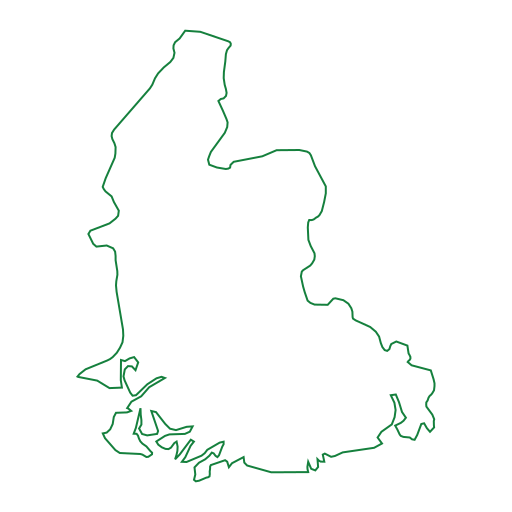 the County of Vest-Agder
{"feature_id": "NOR-916", "entity_name": "Vest-Agder", "entity_type": "County", "adm_level": 1, "iso_a3": "NOR", "parent_name": "Norway", "parent_adm1": "", "projection": "orthographic", "projection_center": [7.224, 58.601], "detail": "fine", "context": "isolated", "style": "outline", "palette": "green", "viewbox_px": 512, "rotation_deg": 0, "n_neighbors": 0, "source": "natural_earth", "source_scale": "10m", "svg_char_len": 4276}
<svg xmlns="http://www.w3.org/2000/svg" viewBox="0 0 512 512"><path d="M434.2,419.2L433.8,421.1L433.9,425.4L434.1,427.4L430.0,431.8L426.9,428.2L424.1,423.3L421.3,424.0L417.2,435.0L414.6,439.8L412.0,439.3L409.8,437.5L403.4,436.9L400.8,435.9L399.7,434.5L397.4,429.6L395.2,425.6L400.8,422.9L403.5,420.8L405.9,417.7L402.0,412.0L399.0,402.2L395.8,394.5L390.8,395.2L394.4,402.7L395.6,410.0L394.6,417.2L391.8,424.4L381.4,431.8L377.6,437.5L382.0,443.5L374.1,447.8L342.7,452.4L334.9,456.0L331.1,456.8L324.8,453.6L322.8,454.6L324.3,461.7L320.7,461.6L319.1,460.8L317.5,459.2L318.1,467.0L315.3,470.4L311.2,468.8L308.2,461.8L307.4,466.8L307.5,469.0L308.2,472.1L271.3,472.3L247.1,465.5L244.3,462.6L243.6,457.1L232.0,463.2L228.9,467.2L227.2,461.7L225.1,460.2L210.8,465.1L210.1,466.7L210.1,468.4L210.0,469.5L209.7,471.5L209.8,474.1L209.5,476.4L208.0,477.3L206.4,477.6L199.1,480.7L195.8,481.3L194.0,479.8L195.3,474.5L194.5,467.4L199.0,462.7L205.2,459.3L209.4,455.7L211.8,452.6L213.7,453.4L215.5,455.8L217.4,457.1L219.0,455.3L222.2,446.8L223.6,444.2L223.6,441.7L219.7,442.6L207.3,449.8L204.7,453.2L201.5,455.7L186.5,462.0L181.9,461.8L185.3,457.2L190.6,445.8L193.9,441.6L190.8,439.7L179.7,454.5L175.1,459.3L176.5,454.9L177.4,450.9L177.6,446.6L176.6,441.6L174.3,443.1L171.0,447.6L168.5,449.1L165.5,448.9L161.8,447.3L158.3,444.7L156.3,441.5L165.0,435.9L169.4,434.4L184.9,433.9L189.8,431.7L192.6,426.4L186.7,426.8L176.0,430.1L170.0,428.7L165.2,423.9L156.0,412.1L151.3,411.0L158.1,431.0L157.1,433.9L147.2,435.4L142.1,434.0L139.1,428.5L141.4,424.6L141.4,420.1L140.7,414.6L140.5,408.2L135.9,427.8L133.7,433.7L136.6,433.8L138.0,435.6L138.9,438.4L140.3,441.3L142.4,443.6L146.4,446.4L150.4,451.1L152.1,452.7L152.0,454.3L148.3,456.8L146.4,457.0L142.4,454.6L140.3,454.0L119.8,453.0L115.4,450.1L105.0,438.2L102.8,433.4L106.7,432.6L110.2,429.3L112.7,424.0L113.8,417.0L116.0,412.8L127.0,412.4L131.2,410.9L128.4,408.6L127.2,408.1L131.4,401.7L141.2,396.3L149.2,387.2L164.9,378.0L161.5,376.8L156.5,378.3L147.4,384.2L136.0,395.2L132.6,395.7L130.2,392.6L124.6,380.4L123.5,376.4L124.8,369.4L128.0,366.1L131.9,366.4L135.5,370.2L138.2,362.4L134.1,357.1L129.6,358.4L125.0,361.1L121.0,360.0L120.8,380.2L121.9,387.6L109.5,388.1L97.2,380.6L78.1,376.9L77.5,376.6L79.5,374.1L85.6,369.3L107.2,360.5L110.0,359.1L112.7,357.1L116.8,352.8L120.0,347.7L122.5,342.3L123.3,335.8L123.0,329.5L116.6,291.8L116.0,285.4L116.3,281.2L117.4,274.8L117.3,271.1L115.6,260.2L115.6,256.0L115.1,251.6L113.1,248.3L106.7,245.5L96.4,246.6L93.2,243.8L88.4,234.0L90.4,230.7L109.5,223.4L115.5,218.7L118.1,215.8L118.8,210.7L113.9,202.0L111.6,196.4L105.5,191.4L103.8,189.1L102.7,186.9L105.7,178.2L114.7,157.8L115.4,153.6L115.6,147.1L114.4,143.2L112.4,139.2L111.6,136.1L112.0,133.0L114.1,129.6L149.9,88.4L152.3,84.7L155.0,78.3L158.1,73.4L163.8,67.4L170.3,62.0L173.4,57.9L174.5,52.8L173.4,48.4L173.6,45.3L175.1,42.2L179.6,38.5L185.2,30.7L200.3,31.8L228.3,41.3L230.1,42.3L230.8,43.8L230.6,45.6L228.6,47.9L227.0,50.2L225.9,54.1L225.3,61.5L223.9,72.0L223.7,78.1L224.7,84.8L225.9,89.0L226.6,92.9L226.0,95.9L223.6,98.4L220.8,99.0L218.4,101.0L222.9,110.7L226.5,119.1L227.6,122.4L227.2,127.1L224.8,132.8L210.9,151.9L209.1,156.4L208.0,159.7L209.3,164.7L216.9,167.5L225.8,169.0L228.3,168.6L230.1,167.6L230.5,164.9L233.7,161.8L262.3,156.3L276.6,150.2L299.3,150.0L307.0,151.6L309.4,153.0L310.9,155.3L315.0,166.2L325.8,186.4L325.8,193.4L324.1,202.1L321.8,211.1L319.4,215.2L317.7,216.8L316.4,217.4L313.9,219.3L312.7,219.8L311.5,220.1L309.2,220.0L308.2,222.5L307.8,227.5L308.4,239.9L310.7,246.0L314.5,253.3L314.8,256.2L314.3,259.6L312.1,263.4L310.2,265.6L303.2,270.1L301.8,271.6L300.9,276.3L303.1,286.5L304.7,292.1L307.6,300.6L310.4,302.9L314.6,304.6L327.7,304.8L333.3,298.7L335.4,298.3L343.4,300.2L348.4,303.7L351.3,308.2L352.4,311.7L352.6,317.1L353.0,318.6L355.7,320.4L370.2,327.0L375.8,331.7L379.1,336.6L380.8,343.0L382.4,347.1L384.7,350.1L387.2,350.9L389.4,349.1L390.3,346.1L391.3,344.0L396.3,341.5L407.4,345.6L408.2,351.0L408.6,353.5L409.4,354.8L410.4,356.9L410.4,358.7L409.6,360.0L408.5,360.9L407.7,362.0L411.6,365.3L430.8,370.4L433.6,379.3L434.5,383.3L434.5,386.1L434.0,390.3L432.1,393.5L430.9,394.9L430.0,395.6L429.4,396.3L428.5,397.8L427.6,400.5L426.3,402.4L426.2,404.7L426.4,406.6L432.3,414.6L434.2,419.2Z" fill="none" stroke="#15803d" stroke-width="2"/></svg>